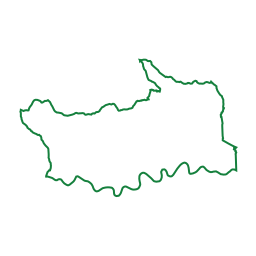 outline of Turburea, Gorj, Romania, rotated 262°
{"feature_id": "2599482B10201715191375", "entity_name": "Turburea", "entity_type": "district", "adm_level": 2, "iso_a3": "ROU", "parent_name": "Romania", "parent_adm1": "Gorj", "projection": "equal_earth", "projection_center": [23.554, 44.693], "detail": "fine", "context": "isolated", "style": "outline", "palette": "green", "viewbox_px": 256, "rotation_deg": 262, "n_neighbors": 0, "source": "geoboundaries", "source_scale": "gbopen_adm2", "svg_char_len": 5824}
<svg xmlns="http://www.w3.org/2000/svg" viewBox="0 0 256 256"><g transform="rotate(262 128 128)"><path d="M191.3,159.2L191.4,157.5L191.6,156.9L193.0,155.4L193.3,154.4L193.5,152.9L193.4,152.0L193.4,150.3L193.8,149.1L193.5,149.2L192.9,149.2L193.2,149.5L192.3,150.0L192.2,150.2L191.6,150.4L191.3,150.7L191.2,151.0L189.7,151.6L188.8,151.7L186.9,151.6L185.9,151.9L184.5,152.0L183.6,152.4L182.4,153.3L181.8,153.5L175.3,154.3L173.0,155.0L172.7,155.2L171.2,157.6L170.5,158.2L170.4,158.7L169.5,160.0L168.4,161.2L167.2,161.5L165.2,162.8L164.2,163.9L163.5,164.2L163.0,165.0L162.5,165.3L161.5,165.2L159.6,164.5L159.7,164.1L160.2,163.7L160.4,163.3L160.4,162.9L160.1,162.4L160.1,161.9L160.8,161.9L161.2,161.6L161.2,161.4L160.9,161.4L160.9,161.1L161.0,160.7L161.3,160.3L161.3,158.8L162.0,158.4L162.1,158.2L162.0,157.8L162.7,157.0L162.6,155.5L162.5,155.3L161.9,155.6L161.7,155.6L158.4,154.0L156.7,153.4L155.0,151.4L154.5,151.6L153.9,152.3L153.5,152.4L153.5,151.4L153.0,150.2L153.2,149.0L153.7,148.2L153.5,147.2L153.6,146.6L153.4,146.1L153.6,145.7L153.2,145.0L153.4,144.6L153.2,144.2L153.3,143.8L153.1,142.9L153.2,142.3L153.6,141.4L153.1,140.5L153.2,140.2L149.9,137.4L149.0,136.2L147.4,135.2L147.0,133.9L147.0,131.8L146.8,131.3L146.5,129.9L146.7,128.1L147.0,126.9L147.0,125.6L146.6,124.4L146.7,123.4L146.4,122.8L146.4,121.3L147.3,120.6L148.9,120.2L150.7,119.2L152.2,118.6L153.4,117.8L153.8,117.4L154.1,116.4L153.6,114.8L154.4,113.0L154.0,110.9L153.8,109.3L153.0,107.5L152.5,106.8L152.1,105.2L149.5,102.6L148.7,102.1L148.1,100.8L148.0,100.2L148.2,99.6L148.0,98.4L147.0,97.0L147.1,96.3L147.3,96.1L147.3,94.9L147.0,94.2L146.4,93.6L147.3,90.5L147.0,88.4L147.0,87.9L147.5,87.1L148.5,86.5L149.0,85.4L149.1,84.7L149.1,83.3L149.3,82.4L149.2,81.7L149.3,80.9L149.5,80.3L150.0,79.4L150.2,78.8L150.1,78.0L149.4,76.5L149.0,74.6L148.5,70.0L149.4,66.9L149.7,66.3L151.8,64.4L152.9,61.3L153.3,59.6L154.6,58.1L155.8,57.4L160.1,56.0L161.3,55.4L164.5,54.4L166.7,52.6L166.3,51.7L166.2,50.7L166.4,49.5L165.2,47.0L165.1,46.3L165.3,45.8L166.5,45.2L167.1,44.6L168.4,42.3L168.8,40.5L168.7,39.7L168.5,39.0L167.4,37.8L166.3,37.0L164.6,35.9L162.1,33.4L160.8,32.6L159.7,32.2L159.3,31.9L159.3,31.2L159.7,30.2L159.8,28.4L159.4,26.9L160.9,24.4L160.1,24.2L159.0,23.7L157.9,24.0L154.3,23.5L153.0,23.9L151.6,23.8L150.6,24.0L150.2,24.2L149.4,24.2L147.6,24.7L145.2,27.2L144.7,27.4L143.6,28.3L142.4,28.4L140.7,29.9L140.0,31.0L138.5,31.6L137.9,32.6L137.0,32.9L135.5,35.1L134.9,36.3L134.5,36.8L134.4,36.8L133.8,37.6L133.6,38.0L133.6,39.1L132.8,39.6L132.1,40.5L130.7,40.8L128.5,40.7L127.0,41.8L124.5,42.5L122.1,43.9L119.6,45.8L118.4,46.2L113.0,45.8L110.3,45.4L109.7,45.2L107.9,45.6L107.1,45.5L105.5,45.8L104.7,46.3L104.0,46.6L102.8,46.4L101.9,46.5L99.8,46.1L98.5,45.7L98.4,45.5L96.9,44.9L96.9,44.7L97.1,44.6L97.1,44.0L96.3,43.2L95.6,42.2L91.7,40.2L91.2,40.2L91.1,41.7L89.5,45.1L88.9,46.2L86.9,48.3L86.3,49.4L86.2,50.4L86.8,51.8L86.9,52.8L86.5,54.3L85.7,55.0L83.9,55.9L82.0,57.2L80.3,59.2L79.6,60.5L79.6,61.1L80.0,62.3L82.1,65.8L82.8,66.8L84.0,67.9L87.1,70.0L87.2,71.4L86.7,72.2L81.9,77.6L81.3,79.1L80.8,80.8L79.6,82.3L77.9,83.8L77.2,84.2L75.4,84.9L73.0,85.4L71.9,85.8L70.4,86.8L69.7,87.8L69.6,88.7L69.8,90.1L71.9,94.5L72.1,96.1L72.2,97.8L72.1,99.5L71.9,100.9L71.2,103.4L70.9,103.9L69.7,104.8L68.3,105.3L65.2,105.1L63.9,105.2L62.8,106.0L62.2,107.1L62.2,109.4L63.3,110.8L64.7,111.9L69.2,114.2L70.1,115.3L70.4,116.3L70.5,117.0L70.2,118.1L67.0,122.8L66.4,124.2L66.2,125.1L66.1,126.7L66.2,128.2L66.6,129.4L66.9,130.0L68.3,131.2L70.1,132.2L71.7,132.3L73.7,132.1L76.1,132.1L78.7,132.6L79.6,133.1L80.5,133.9L81.1,134.8L81.5,135.8L81.6,136.6L81.4,137.6L80.5,139.0L79.7,139.9L75.0,144.0L72.0,146.1L71.6,146.6L70.9,148.5L70.9,151.6L71.3,152.4L72.2,153.4L74.3,154.5L76.5,154.9L79.8,154.7L80.5,155.1L82.0,156.2L82.0,157.9L81.9,158.4L81.2,159.2L79.4,160.1L76.0,160.7L75.5,160.9L74.4,162.5L74.1,163.5L74.1,164.2L74.2,164.7L75.3,166.3L80.9,171.2L83.6,174.1L84.5,175.3L85.4,177.0L85.8,178.5L85.8,179.4L85.0,180.8L83.8,181.7L82.6,182.2L80.1,182.5L75.6,182.4L74.6,182.6L74.1,183.1L73.9,183.7L74.0,186.0L74.7,188.6L75.4,190.0L77.9,193.1L78.6,193.8L79.2,194.9L79.4,196.2L79.2,197.2L78.3,198.1L75.5,199.9L73.7,202.0L72.9,203.4L72.7,205.0L72.9,206.4L72.8,209.1L71.7,210.7L69.4,213.4L68.6,216.0L68.4,217.6L68.5,218.7L68.9,219.6L70.3,221.7L70.6,222.5L72.1,224.6L72.4,225.5L72.2,227.3L71.8,228.0L70.9,229.3L86.7,231.0L87.2,230.9L87.6,231.2L88.2,231.2L88.4,231.6L88.7,231.8L90.0,231.4L90.2,231.1L90.8,231.4L91.8,230.5L92.0,230.0L92.1,229.9L92.6,230.2L93.5,230.3L93.5,231.4L93.2,231.9L93.7,232.5L94.7,230.8L96.5,228.2L99.0,224.8L99.4,224.3L102.6,220.1L104.4,220.4L104.6,220.7L106.9,220.6L116.8,221.6L118.2,221.8L119.4,222.3L126.0,222.1L126.1,221.6L128.3,221.7L128.4,221.8L128.4,222.1L130.3,222.8L130.4,223.0L130.2,223.4L131.0,224.0L131.3,224.3L131.6,224.2L132.7,224.8L133.7,224.9L133.8,225.0L133.8,225.5L134.4,225.8L135.0,225.2L135.5,225.1L138.5,225.9L139.9,225.9L142.7,226.3L145.8,225.4L146.3,225.5L147.0,224.9L147.7,224.1L149.5,223.1L152.7,221.7L154.4,221.4L155.0,221.2L157.0,221.4L158.8,219.7L159.1,219.2L159.4,219.0L160.5,218.1L160.9,217.9L160.8,217.6L162.3,216.7L161.6,216.2L161.3,215.6L161.4,214.8L162.3,213.2L162.6,212.2L162.3,210.6L161.7,209.7L161.5,209.0L161.5,207.8L161.9,206.1L162.0,204.9L162.6,203.9L163.6,202.8L164.9,202.4L165.4,201.2L165.0,200.3L164.8,199.5L164.4,198.8L163.2,197.8L163.1,197.4L163.2,196.1L163.6,195.4L163.9,195.1L164.1,194.6L164.0,194.4L164.3,193.7L164.2,193.3L163.9,192.9L163.7,191.1L164.1,189.3L165.2,187.9L166.5,186.6L166.6,186.2L166.3,185.4L166.5,185.0L166.8,183.8L167.0,182.4L167.7,181.6L169.4,180.4L170.1,179.5L171.3,178.9L172.3,178.0L172.9,176.8L172.7,175.6L172.8,174.6L172.9,174.2L173.4,173.4L173.2,172.4L177.9,167.5L178.9,166.7L181.1,165.8L185.5,161.9L187.4,160.4L188.0,160.2L189.1,160.3L190.0,160.2L191.3,159.2Z" fill="none" stroke="#15803d" stroke-width="2"/></g></svg>